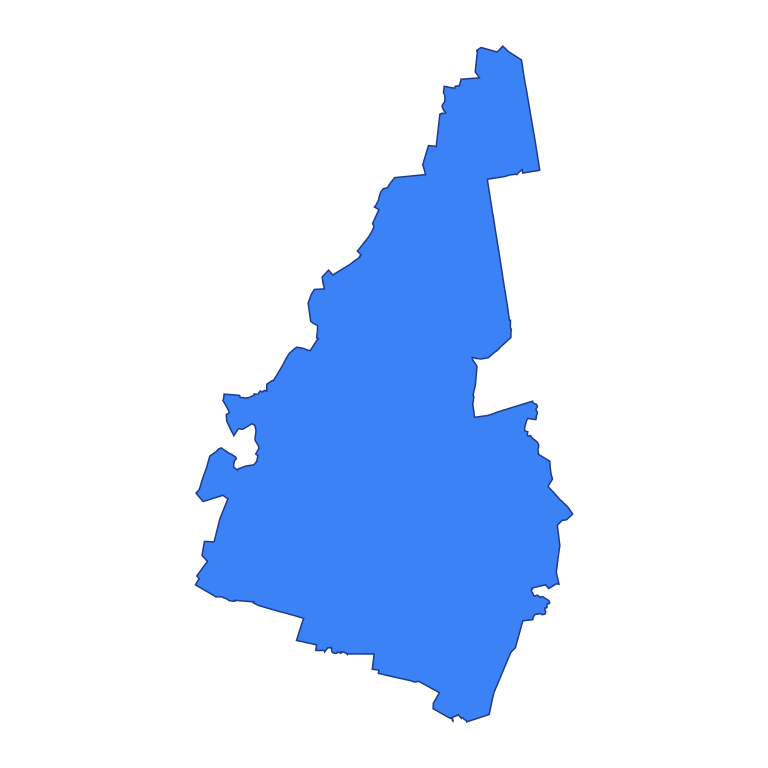 Platones pag., Jelgava, Latvia
{"feature_id": "27541924B52007351814960", "entity_name": "Platones pag.", "entity_type": "district", "adm_level": 2, "iso_a3": "LVA", "parent_name": "Latvia", "parent_adm1": "Jelgava", "projection": "mercator", "projection_center": [23.71, 56.549], "detail": "fine", "context": "isolated", "style": "filled", "palette": "blue", "viewbox_px": 768, "rotation_deg": 0, "n_neighbors": 0, "source": "geoboundaries", "source_scale": "gbopen_adm2", "svg_char_len": 6055}
<svg xmlns="http://www.w3.org/2000/svg" viewBox="0 0 768 768"><path d="M532.8,619.6L532.9,618.6L533.2,617.5L534.4,615.3L535.4,614.4L536.5,614.1L538.2,614.2L539.2,613.4L540.3,613.6L541.3,614.4L543.1,614.6L545.3,613.8L545.2,613.6L545.4,613.2L545.5,612.8L545.6,612.6L545.6,611.2L544.9,609.7L544.7,609.0L544.8,608.2L545.0,607.8L545.9,608.0L546.6,607.9L547.1,607.0L547.1,605.8L547.0,604.4L547.4,603.9L548.0,603.6L549.2,603.7L549.6,603.3L549.6,602.4L549.2,601.2L547.9,599.9L547.3,599.5L545.9,598.8L543.0,596.8L542.3,596.6L540.7,597.1L539.9,597.1L538.0,595.5L537.4,595.2L536.9,595.2L535.3,595.9L533.9,595.8L533.5,595.2L533.4,594.7L532.7,593.0L531.8,591.9L531.5,591.4L531.3,590.1L532.0,589.3L532.4,589.0L532.5,588.6L532.0,588.0L545.6,584.8L548.7,588.6L556.3,583.8L559.0,584.2L556.3,572.4L556.3,572.1L558.5,554.8L559.8,545.9L559.8,545.1L557.3,525.2L562.1,520.4L566.7,519.7L572.6,514.1L572.5,513.7L567.6,506.7L559.6,499.2L553.9,492.7L548.0,486.5L552.5,479.1L551.1,474.2L550.0,465.7L549.9,463.0L549.6,461.1L538.4,454.3L538.4,453.2L538.5,452.0L537.8,450.1L538.6,447.0L538.7,445.0L538.3,443.8L537.5,442.5L536.5,441.4L531.9,437.8L531.5,437.3L531.2,436.4L530.2,435.4L528.7,436.0L528.3,436.0L527.7,435.7L527.3,434.8L527.6,433.2L527.6,432.6L527.8,431.8L524.8,430.8L524.6,428.1L526.4,421.1L527.7,418.5L535.9,419.6L536.3,418.0L536.3,416.5L537.3,413.2L537.3,411.9L536.7,410.9L536.0,410.1L536.0,409.2L536.3,408.5L536.8,407.9L537.4,406.6L537.1,405.3L536.0,404.0L534.8,403.9L533.2,402.7L532.5,401.2L497.8,411.9L493.6,413.6L487.7,415.5L474.6,417.3L472.9,404.9L472.6,404.8L473.1,402.2L473.9,396.9L473.7,396.8L473.2,395.4L473.3,394.6L473.1,394.6L473.3,393.8L473.9,391.4L475.4,384.9L475.6,382.7L476.4,373.3L477.0,366.6L476.8,365.9L473.2,360.6L472.4,358.7L472.1,357.4L472.9,357.4L475.6,358.4L481.3,359.0L488.3,357.7L496.3,350.9L496.5,351.0L497.7,350.1L497.7,349.8L498.2,349.3L498.8,349.1L499.3,348.6L499.2,348.1L510.9,337.5L510.9,336.4L511.0,332.0L511.2,329.6L511.4,329.2L510.7,328.7L510.5,328.1L510.4,326.8L510.5,320.2L509.4,320.3L507.1,303.5L506.9,302.6L503.9,284.2L498.6,249.9L498.5,249.5L494.9,227.3L494.9,226.9L493.0,214.7L492.6,213.7L491.3,204.5L488.0,183.8L487.3,179.3L504.7,176.5L507.9,175.6L508.3,175.2L516.0,174.2L516.9,174.7L518.0,173.1L522.2,169.6L522.8,173.1L539.4,170.3L539.7,170.2L539.7,169.8L534.3,135.8L534.0,134.4L526.6,90.9L525.2,83.7L522.9,69.7L522.9,68.9L522.6,66.7L521.4,59.9L508.6,51.7L502.8,46.1L497.2,52.0L481.1,47.5L476.9,50.3L476.8,51.2L477.4,51.3L475.2,71.7L479.4,77.9L461.0,79.2L461.2,79.6L459.5,84.8L459.5,85.7L455.1,86.3L454.7,88.3L444.2,86.3L443.7,90.7L443.5,91.9L443.6,93.0L444.0,93.7L444.7,95.2L444.9,96.9L445.0,98.8L444.8,100.7L444.3,102.7L443.2,103.6L442.4,105.0L442.2,105.8L442.1,106.5L442.8,108.4L443.7,110.5L444.1,111.0L445.3,111.7L445.8,112.9L442.6,113.5L442.7,113.3L441.9,113.2L441.8,113.7L439.9,114.0L436.2,146.7L434.5,146.2L430.1,145.7L428.5,145.6L426.3,152.7L422.7,164.8L424.0,168.6L425.5,174.6L394.6,177.6L389.7,184.0L389.1,184.9L387.8,187.4L387.0,187.9L383.2,188.7L380.6,192.3L379.4,196.2L379.1,197.0L378.5,199.8L378.3,200.5L375.9,205.2L374.4,207.0L378.6,209.5L378.8,209.7L378.7,210.0L377.0,213.8L372.6,223.4L373.8,226.2L373.9,226.6L373.8,227.0L373.7,227.5L372.0,231.1L369.5,235.5L368.1,237.6L363.4,243.5L359.9,248.0L357.3,251.0L358.2,252.0L360.3,254.0L361.0,254.9L359.5,256.3L360.0,257.0L356.1,259.7L349.8,264.5L332.7,275.0L328.6,270.1L322.3,276.8L322.1,277.2L323.0,282.0L322.8,281.9L323.4,284.9L323.6,285.1L324.3,288.9L314.5,289.4L314.2,289.6L311.2,294.6L308.1,303.2L310.7,321.3L313.3,323.4L317.4,325.3L317.5,326.5L317.5,330.2L316.6,337.9L318.3,338.6L317.0,340.0L310.1,350.8L302.3,348.1L296.7,347.2L294.7,348.6L289.6,353.0L288.8,354.1L286.5,357.8L284.2,362.2L283.1,364.5L277.7,373.6L273.3,380.8L272.5,380.5L272.3,380.5L266.8,384.2L266.7,391.1L264.5,390.5L261.7,392.1L260.3,391.0L257.7,394.4L254.1,394.0L254.4,395.0L249.4,397.4L245.3,398.1L243.4,397.6L240.3,397.5L239.6,395.5L235.8,395.0L224.1,394.1L223.6,398.5L223.1,400.5L222.9,400.7L224.3,402.7L228.9,411.2L228.9,413.2L226.3,414.4L226.7,421.1L231.7,431.7L232.0,431.9L233.9,435.6L238.4,428.6L240.5,429.1L242.3,429.3L242.9,429.2L246.8,426.9L251.7,423.8L253.9,424.6L254.5,425.4L255.4,427.2L256.0,431.2L255.4,435.8L255.2,436.6L255.0,439.4L255.2,440.6L258.3,445.6L259.0,448.3L255.7,453.9L257.9,455.9L257.1,459.1L256.7,461.7L256.2,461.9L253.9,464.8L246.0,466.0L238.4,468.8L237.5,470.1L233.9,467.4L233.8,467.1L233.7,464.3L234.5,460.8L236.3,458.8L235.7,457.1L230.9,453.9L230.0,453.7L227.4,452.1L221.2,447.9L218.4,449.1L216.4,451.4L209.8,456.1L206.5,467.8L206.5,468.0L202.6,478.5L202.1,480.4L201.9,480.6L200.0,487.4L199.1,489.6L198.6,490.4L196.0,493.0L198.0,495.6L203.1,501.5L221.8,495.7L222.6,495.1L226.6,498.0L227.9,498.7L219.8,519.0L214.2,541.5L213.8,541.9L204.7,541.4L204.4,541.6L202.0,555.4L207.1,561.1L207.3,561.1L207.3,561.7L205.4,564.1L196.8,575.9L199.1,578.6L195.4,584.8L216.1,596.9L221.0,596.7L228.1,599.5L228.5,600.5L232.8,601.2L234.9,601.1L234.5,600.3L253.8,601.9L253.3,602.8L258.5,605.5L280.3,611.8L283.2,612.4L303.7,618.3L302.6,621.1L296.5,640.5L316.5,644.8L315.8,650.4L319.1,650.6L323.9,650.3L324.6,651.9L327.9,647.7L330.8,647.9L331.2,647.4L331.5,648.9L331.6,650.4L331.8,651.4L332.2,652.1L332.8,652.7L333.3,652.9L335.5,653.4L336.9,653.1L337.2,652.9L337.4,652.3L338.0,652.0L338.3,652.0L339.6,652.8L340.8,653.2L341.1,653.1L340.9,652.5L341.3,651.7L341.5,651.6L341.9,651.7L342.6,652.2L344.0,652.2L346.8,653.8L347.5,654.6L347.8,654.1L348.8,653.9L374.1,654.0L372.3,669.3L378.9,670.1L378.4,673.4L393.8,677.0L411.2,680.8L412.3,681.1L412.6,681.4L414.4,682.0L416.2,681.9L418.4,681.4L419.1,681.5L439.3,692.7L438.5,694.3L433.3,703.3L433.1,708.7L450.3,718.4L451.8,717.6L452.4,720.5L453.1,721.2L453.2,720.9L452.9,720.6L452.7,719.9L452.3,717.2L455.1,716.3L456.8,715.5L457.0,715.7L458.5,714.6L459.3,716.1L461.4,718.4L462.0,717.6L463.0,717.8L463.7,718.9L464.4,719.5L466.6,720.8L466.7,721.9L489.2,714.5L490.0,710.5L492.2,700.0L493.9,692.7L510.9,652.2L515.4,647.8L516.4,644.0L522.6,621.7L522.9,620.9L528.8,620.0L529.2,620.2L532.8,619.6Z" fill="#3b82f6" stroke="#1e3a8a" stroke-width="1.5"/></svg>